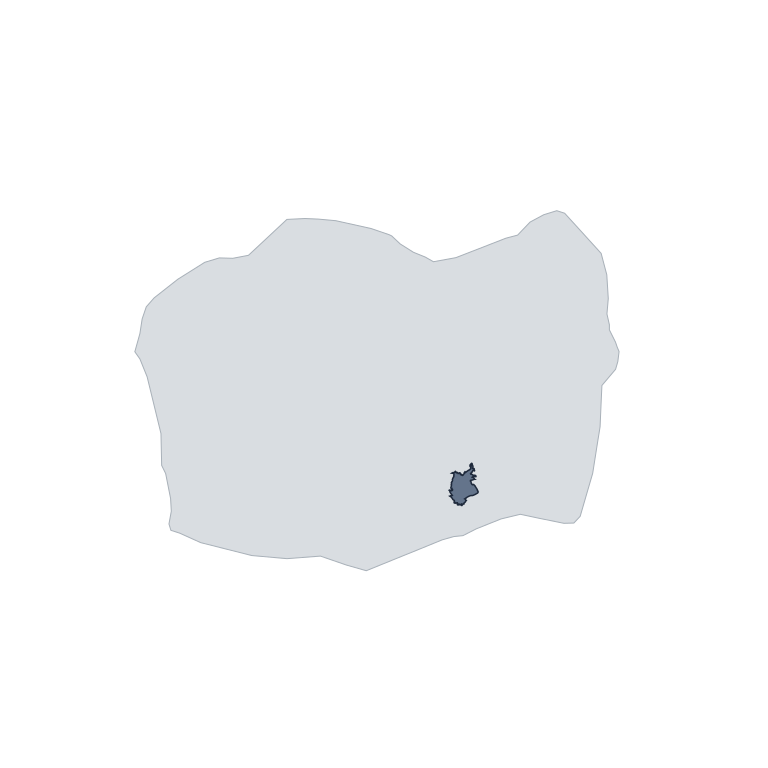 Mohlakeng, Maseru, Lesotho shown in context, rotated 217°
{"feature_id": "5366337B47747757162469", "entity_name": "Mohlakeng", "entity_type": "district", "adm_level": 2, "iso_a3": "LSO", "parent_name": "Lesotho", "parent_adm1": "Maseru", "projection": "robinson", "projection_center": [27.612, -29.479], "detail": "fine", "context": "in_parent", "style": "filled", "palette": "slate", "viewbox_px": 768, "rotation_deg": 217, "n_neighbors": 0, "source": "geoboundaries", "source_scale": "gbopen_adm2", "svg_char_len": 6449}
<svg xmlns="http://www.w3.org/2000/svg" viewBox="0 0 768 768"><g transform="rotate(217 384 384)"><path d="M487.6,500.5L469.5,506.4L466.9,506.9L455.3,505.6L439.8,506.9L427.5,510.2L418.1,511.4L402.6,528.2L374.4,573.8L366.9,583.3L364.8,601.2L358.3,615.3L350.3,626.4L342.5,629.1L319.1,624.7L289.2,619.0L271.8,605.3L256.3,587.2L248.1,574.1L239.6,566.9L236.6,562.9L224.4,556.8L219.8,553.7L215.8,551.4L210.8,542.7L207.9,535.1L209.1,514.0L200.5,501.4L185.7,479.9L176.4,462.3L163.6,438.3L155.8,417.7L147.7,396.4L148.7,387.2L156.5,381.0L179.1,370.2L196.7,362.0L209.3,346.7L223.0,324.1L229.7,310.4L236.4,304.2L243.7,294.6L256.4,273.3L270.6,249.6L285.8,224.2L305.0,216.8L331.2,208.3L356.4,186.1L386.4,167.4L434.9,147.0L457.5,141.9L466.1,138.9L471.5,142.8L477.3,154.4L485.5,164.1L504.5,181.1L512.6,185.2L532.3,210.2L553.3,227.4L577.5,247.2L594.0,257.1L602.4,259.8L609.3,277.4L616.3,290.4L620.3,302.6L619.4,314.5L611.7,343.6L600.4,373.3L591.4,385.6L580.4,393.4L569.7,405.2L565.5,429.0L560.6,457.0L546.7,468.6L535.8,476.1L520.8,485.4L487.6,500.5Z" fill="#d9dde1" stroke="#a8b0b8" stroke-width="1"/><path d="M276.2,353.6L275.7,353.9L275.5,354.0L275.2,354.1L274.8,354.3L274.5,354.3L274.3,354.4L274.0,354.2L273.6,353.8L273.5,353.5L273.4,353.3L273.3,353.1L273.1,352.9L272.9,352.8L272.7,352.4L272.8,352.2L272.7,352.0L272.4,351.7L272.3,351.2L272.4,350.4L272.2,350.2L272.2,349.9L272.2,349.7L272.0,349.3L271.8,348.7L271.6,348.6L271.2,348.2L271.0,347.7L270.9,347.5L270.9,347.3L270.8,347.1L271.0,346.7L270.9,346.2L270.9,345.9L270.8,345.7L270.6,345.6L270.4,345.5L270.3,345.2L270.0,345.0L269.8,344.8L269.7,344.6L269.7,344.4L269.8,344.2L269.4,343.8L269.3,343.6L269.1,343.5L268.9,343.4L268.9,343.2L268.7,343.0L268.7,342.8L268.5,342.2L268.4,341.8L268.3,341.6L268.1,341.3L267.9,341.3L267.8,341.2L267.5,341.0L267.4,340.9L267.2,340.7L267.1,340.8L266.9,341.1L266.8,340.8L266.5,340.8L266.4,340.9L266.2,340.8L266.1,341.0L265.9,341.0L265.6,340.8L265.6,340.5L265.4,340.3L265.5,340.0L265.7,339.9L265.7,339.6L265.9,339.6L265.9,339.4L266.0,339.3L266.1,339.2L266.4,339.2L266.6,339.2L266.8,339.0L267.0,338.7L267.3,338.6L267.6,338.6L267.8,338.6L268.0,338.6L268.0,338.3L267.3,338.3L266.6,337.7L265.9,337.2L265.1,337.0L264.6,336.8L263.8,336.6L263.3,336.4L262.3,336.1L262.4,335.9L263.5,335.0L263.7,334.4L264.0,334.0L263.8,334.0L263.4,334.2L263.2,334.3L261.6,333.9L261.0,333.8L260.4,333.7L260.1,333.5L259.8,333.3L259.4,333.2L258.7,333.2L258.3,333.3L257.8,333.3L257.4,332.8L257.2,332.8L257.2,332.6L257.2,332.4L256.9,331.7L256.7,331.6L256.3,331.3L256.1,331.4L255.7,331.5L255.7,331.8L255.3,331.8L255.2,332.1L255.1,332.5L254.9,332.5L254.6,332.4L254.5,332.5L254.1,332.9L254.1,333.1L253.9,333.3L253.7,333.1L253.6,332.7L253.3,332.5L253.0,332.1L252.9,331.9L252.7,331.8L252.6,332.2L252.6,332.3L252.9,332.4L252.9,332.7L252.8,332.9L252.7,332.9L252.3,332.7L252.2,332.5L252.1,332.2L251.6,332.3L251.5,332.5L251.6,332.9L251.6,333.2L251.5,333.4L251.4,333.4L251.1,333.2L250.9,333.1L250.5,333.3L250.2,333.9L250.1,334.3L250.0,334.7L250.0,334.8L249.9,334.9L249.7,334.8L249.5,334.7L249.6,334.4L249.7,334.2L249.3,333.7L249.1,333.6L248.7,333.8L248.7,334.1L248.6,334.6L248.6,334.8L248.7,335.0L248.6,335.4L248.5,335.5L248.4,335.7L248.5,335.9L248.3,336.1L248.6,336.4L248.5,336.6L248.2,336.7L248.4,336.9L248.4,337.1L248.4,337.4L248.2,337.9L248.2,338.1L248.1,338.3L248.2,338.5L248.1,339.0L248.2,339.4L248.2,339.8L248.2,340.1L248.2,340.3L248.4,340.2L248.7,340.2L249.1,340.5L249.5,340.8L249.5,341.1L249.8,341.0L250.0,341.0L250.4,340.9L249.4,343.9L248.6,345.5L248.2,346.2L247.8,346.8L247.2,347.5L246.7,347.7L246.2,348.2L245.7,348.9L244.6,350.9L244.1,352.2L243.6,353.2L243.8,354.5L244.3,354.6L244.7,355.1L245.4,355.2L245.5,355.3L245.7,355.6L246.0,355.8L246.4,355.9L247.1,356.3L247.6,356.4L249.1,357.0L249.4,357.1L249.8,357.4L250.2,357.3L250.6,357.5L251.2,357.6L251.9,357.7L252.2,357.4L252.4,357.4L252.5,357.3L252.5,356.9L253.1,356.7L253.6,356.8L254.0,357.1L254.6,357.2L254.8,357.4L254.9,357.5L255.2,357.9L255.5,358.2L255.8,358.3L256.7,358.5L256.9,359.1L256.7,359.2L256.5,359.3L256.4,359.5L256.2,359.9L256.0,360.1L255.4,360.8L255.2,361.1L255.2,361.3L255.1,361.5L254.8,361.9L254.7,362.1L254.2,362.5L254.5,362.5L254.8,362.7L255.1,362.8L255.5,362.9L255.7,363.1L256.5,363.1L256.8,363.0L257.0,362.9L257.1,362.7L257.4,362.5L257.5,362.9L257.2,363.6L256.9,364.1L256.5,364.3L256.2,364.6L255.5,365.0L255.2,365.1L254.9,365.2L254.8,365.4L255.0,365.6L255.3,365.9L255.6,366.0L256.0,366.0L256.4,365.7L256.6,365.7L257.0,365.5L257.1,365.3L257.5,365.1L257.5,364.9L258.0,364.6L258.6,364.8L258.9,364.8L259.5,364.7L260.2,364.3L260.5,364.2L261.0,364.6L260.9,364.9L260.9,365.4L260.7,365.6L260.6,366.2L260.8,366.4L260.7,366.7L260.8,366.9L260.7,367.1L260.7,367.6L260.8,367.8L261.0,368.2L261.0,368.4L261.0,368.5L260.4,368.9L259.5,369.1L259.6,369.4L259.9,369.4L260.0,369.4L260.1,369.6L260.4,369.5L260.4,369.8L260.7,370.3L261.0,370.6L261.3,370.6L261.7,370.4L261.6,370.2L261.8,370.1L262.0,370.0L262.3,370.3L262.4,370.2L262.4,370.4L262.6,370.4L262.7,370.7L263.3,371.6L263.4,371.8L264.0,372.2L264.3,372.4L264.6,372.5L264.9,372.6L265.0,372.8L265.4,373.1L265.8,373.5L266.3,373.4L266.4,373.1L266.5,372.6L266.3,372.5L266.3,372.3L266.4,371.8L266.1,372.0L265.9,371.9L265.8,371.7L265.7,371.5L265.3,371.7L265.2,371.6L265.3,371.4L265.4,371.2L265.5,371.0L265.7,370.6L265.8,370.4L266.0,370.2L265.9,370.1L265.7,370.2L265.4,370.1L265.2,370.1L265.0,370.4L264.8,370.5L264.6,370.4L264.4,370.3L264.4,370.1L264.6,369.7L264.5,369.3L264.3,369.2L263.8,368.1L263.9,367.4L264.0,367.3L264.0,367.0L264.2,366.8L264.2,366.6L264.3,366.4L264.5,366.2L264.6,365.9L264.8,365.5L264.9,365.1L264.9,364.9L265.0,364.6L265.3,363.9L265.4,363.6L265.4,363.3L265.5,362.9L265.7,362.6L266.5,362.7L266.5,362.0L266.5,361.7L266.5,361.3L266.2,361.1L266.1,360.9L265.9,360.9L266.0,360.6L266.1,360.0L266.2,359.7L266.2,359.3L266.1,359.0L266.0,358.9L266.2,358.6L266.3,358.3L266.4,358.1L266.6,358.1L266.8,358.3L267.1,358.3L267.4,358.4L267.8,358.4L267.6,358.2L267.4,358.0L267.5,357.9L267.9,357.8L268.1,357.8L268.4,357.7L268.8,357.9L269.3,358.5L269.6,358.7L269.8,358.8L270.2,358.6L270.2,358.3L270.8,357.3L270.9,357.1L271.2,357.2L271.3,357.3L271.5,357.5L272.2,357.5L272.4,357.4L272.5,357.2L272.3,357.0L272.4,356.8L272.6,356.7L272.9,356.8L273.2,357.1L273.6,357.1L273.8,357.0L274.4,357.2L274.5,357.0L274.3,356.9L274.1,356.6L274.1,356.2L274.4,356.2L274.5,355.8L275.1,355.2L275.3,355.0L275.4,354.7L275.6,354.5L275.8,354.5L275.9,354.2L276.1,353.9L276.2,353.6Z" fill="#64748b" stroke="#1e293b" stroke-width="1.5"/></g></svg>